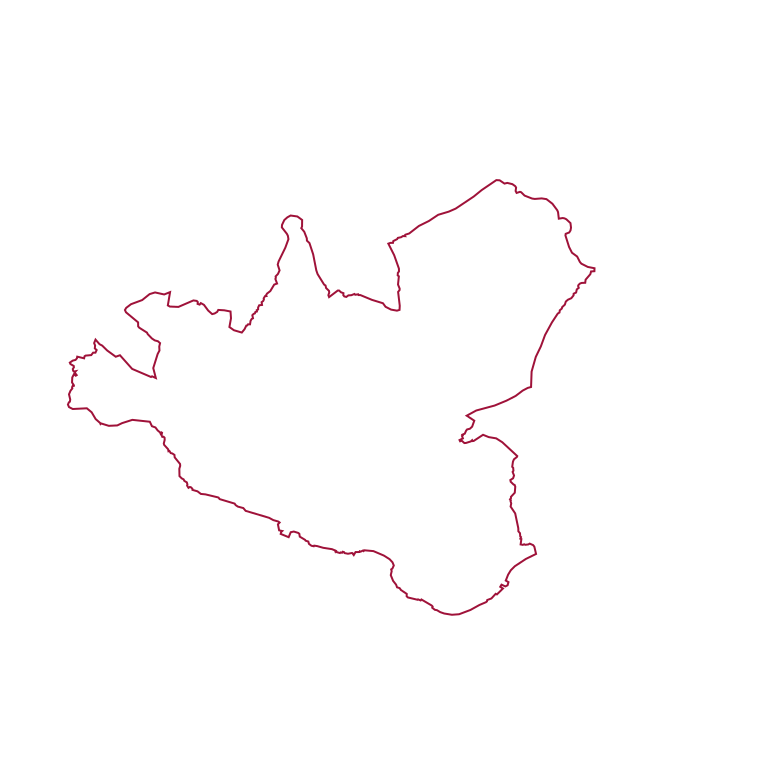 Kota Kupang, Nusa Tenggara Timur, Indonesia, rotated 227°
{"feature_id": "22746128B56606429525327", "entity_name": "Kota Kupang", "entity_type": "district", "adm_level": 2, "iso_a3": "IDN", "parent_name": "Indonesia", "parent_adm1": "Nusa Tenggara Timur", "projection": "mercator", "projection_center": [123.613, -10.211], "detail": "fine", "context": "isolated", "style": "outline", "palette": "rose", "viewbox_px": 768, "rotation_deg": 227, "n_neighbors": 0, "source": "geoboundaries", "source_scale": "gbopen_adm2", "svg_char_len": 6166}
<svg xmlns="http://www.w3.org/2000/svg" viewBox="0 0 768 768"><g transform="rotate(227 384 384)"><path d="M156.0,379.3L162.5,383.0L164.4,383.2L167.9,381.7L168.2,380.2L170.1,377.6L171.2,377.2L171.7,375.8L173.5,374.5L176.9,378.7L177.9,378.2L178.6,379.8L179.8,379.8L182.1,381.7L184.6,381.8L187.0,383.9L199.9,391.7L208.0,393.0L209.9,395.6L212.3,396.8L212.5,397.5L213.7,397.5L213.9,399.0L214.9,399.9L215.3,405.5L219.4,410.0L221.2,410.7L222.0,410.2L226.1,410.0L227.6,410.9L227.0,414.1L228.4,416.7L232.0,418.1L232.3,419.5L234.6,421.3L236.0,421.3L239.3,425.4L240.3,427.7L240.0,431.4L240.4,432.3L260.7,430.8L267.7,429.0L273.7,424.4L279.3,421.8L281.2,410.7L281.9,409.8L282.8,410.1L282.8,408.3L285.0,403.7L286.0,402.5L289.5,402.2L290.2,400.6L291.5,401.0L290.4,404.6L292.8,405.6L292.7,406.5L293.5,406.7L292.6,409.2L293.9,412.3L294.1,413.8L292.7,416.3L292.7,419.4L295.6,425.0L304.4,422.9L301.7,433.4L292.8,450.2L288.3,462.2L285.5,472.1L284.6,480.9L283.1,486.5L281.5,489.5L292.4,500.4L300.3,513.5L304.5,524.3L310.0,535.2L314.5,548.8L317.0,559.1L316.6,561.1L318.0,562.8L317.9,565.5L318.7,566.7L318.7,570.4L320.3,573.2L320.2,576.0L319.0,579.5L319.5,583.0L320.7,584.3L319.9,586.9L321.7,589.5L321.5,592.0L323.3,592.8L323.8,593.9L323.8,595.9L323.1,597.5L320.8,600.2L322.8,602.6L323.6,609.8L325.1,612.2L323.0,614.8L325.1,616.9L330.6,612.9L337.4,610.4L339.7,610.5L345.5,612.2L351.8,611.0L358.0,612.8L368.9,618.0L369.9,619.3L368.5,622.8L369.1,625.1L370.8,627.4L374.5,630.1L380.1,629.7L382.0,629.0L383.5,627.9L385.7,624.6L391.0,628.5L392.9,629.2L400.9,630.1L408.4,628.9L412.2,625.9L416.5,620.5L418.6,618.8L425.9,615.3L430.7,615.1L431.8,614.5L433.3,611.3L435.4,611.9L437.6,614.6L439.2,614.9L442.6,614.2L447.0,611.3L448.4,608.8L454.1,607.5L456.5,605.2L459.2,587.7L459.9,577.5L463.4,556.0L465.9,548.9L470.8,539.0L472.6,528.0L475.8,517.3L476.9,505.1L478.6,501.5L478.5,500.0L478.0,500.0L479.3,498.7L479.7,496.6L481.4,493.8L481.0,492.4L482.2,488.3L481.1,486.8L482.8,485.0L483.7,482.9L471.3,479.3L458.2,473.6L456.1,471.7L455.8,469.9L454.1,468.1L452.6,468.3L447.2,462.1L443.1,460.5L442.1,459.5L441.7,457.1L430.5,448.9L427.6,445.9L428.8,443.5L433.6,439.9L439.4,437.8L443.8,438.3L453.7,432.6L465.1,427.4L466.4,426.0L467.2,426.3L468.9,423.8L470.0,423.8L471.2,420.7L473.1,418.4L473.4,415.8L475.1,414.7L476.7,414.8L478.1,416.3L480.4,415.1L483.0,414.9L483.9,413.9L485.0,403.1L486.9,403.9L488.3,406.4L489.7,407.3L493.7,407.1L495.9,408.4L497.6,408.0L509.7,410.4L513.3,412.0L527.1,420.6L537.9,425.6L541.4,425.4L543.2,426.9L549.7,429.5L554.4,429.8L555.0,431.4L559.8,436.0L565.6,434.9L570.9,430.6L571.8,427.0L571.9,422.9L569.9,417.9L568.2,416.1L560.1,415.4L558.0,414.8L555.1,412.9L551.0,404.8L545.5,390.5L543.8,387.7L538.3,385.1L536.8,381.5L536.6,378.1L535.4,377.3L534.9,376.2L530.4,374.3L531.6,371.5L529.5,364.2L529.9,360.1L529.4,358.4L528.5,358.0L529.4,356.9L528.7,354.4L527.8,353.9L527.1,352.3L527.3,350.3L525.0,348.7L526.7,346.4L525.8,344.1L524.4,342.8L524.8,341.3L523.7,340.5L524.4,339.1L523.7,337.7L524.2,336.5L524.1,334.6L521.4,333.0L521.8,331.5L521.2,329.5L519.0,326.7L520.4,325.2L520.1,323.9L520.6,323.1L519.2,319.4L518.6,315.1L525.7,310.9L531.1,309.8L536.4,316.9L541.7,321.2L546.9,317.4L551.2,313.3L550.5,311.2L551.1,308.2L552.3,306.0L557.6,305.5L564.7,306.3L568.1,305.2L567.8,303.3L569.7,302.3L570.9,303.7L572.5,303.7L575.1,301.6L580.6,286.2L586.7,280.2L588.9,279.5L597.1,290.2L599.4,284.3L607.1,279.0L609.6,273.9L610.3,264.4L614.9,253.4L615.5,247.4L614.8,245.0L612.4,244.2L596.8,246.2L593.8,243.5L592.1,243.4L583.2,245.7L581.6,245.2L575.6,245.3L572.2,246.1L569.5,247.8L566.6,248.1L564.7,245.2L561.6,242.6L560.3,238.9L553.0,226.1L544.0,221.2L547.8,219.6L548.0,218.4L566.8,210.1L585.1,210.5L586.9,206.4L597.3,204.4L604.3,204.1L607.1,203.1L613.2,203.3L611.6,199.9L609.2,199.0L607.3,196.8L604.8,197.0L603.7,194.3L605.3,192.6L604.8,189.6L608.3,185.1L608.5,183.9L607.3,182.2L613.2,178.3L612.2,176.9L612.0,174.8L613.4,172.3L613.9,168.8L612.4,168.3L608.8,169.4L607.7,168.6L607.2,166.6L605.7,165.7L604.6,165.7L603.6,167.3L603.5,166.2L602.5,165.5L600.1,165.3L600.3,164.2L602.6,163.9L601.4,160.5L597.9,156.9L594.5,156.3L594.2,155.8L595.0,155.2L594.4,153.7L593.3,153.0L592.9,150.2L591.3,146.6L586.6,143.9L585.3,142.2L585.5,141.0L584.5,138.8L581.9,137.9L578.0,139.3L568.9,150.1L562.7,150.9L555.0,149.2L549.1,149.8L548.1,149.4L548.1,150.2L541.1,154.2L535.6,160.7L534.0,165.8L529.4,175.5L516.1,187.0L511.4,185.5L508.1,187.2L504.4,186.8L501.3,187.2L500.2,186.8L500.4,188.2L499.7,188.4L498.3,186.4L496.5,185.8L495.8,186.8L494.4,186.9L492.7,185.5L490.7,182.4L489.4,181.7L483.5,181.6L481.8,180.5L481.4,181.4L478.9,180.9L477.6,181.8L475.1,182.4L473.1,180.9L464.6,180.3L463.1,179.1L461.6,176.5L456.1,171.6L452.9,171.7L450.9,172.4L449.3,171.9L446.5,172.7L444.6,171.7L444.0,170.7L441.4,170.2L441.1,171.8L440.0,172.4L438.0,172.4L437.2,171.7L432.7,174.4L428.5,175.1L425.1,178.1L414.7,185.0L413.8,185.5L411.9,185.3L398.4,193.2L396.6,192.9L394.0,193.5L389.2,196.5L385.6,196.3L364.5,208.7L360.0,210.2L355.5,212.9L353.9,213.2L353.7,210.7L348.5,207.5L345.9,209.3L345.9,207.8L344.8,206.2L337.0,209.8L339.2,214.7L337.6,217.4L333.6,219.7L332.2,219.9L329.8,218.3L323.8,220.0L322.9,219.8L320.4,221.2L318.3,220.1L315.2,220.6L313.2,222.0L313.4,222.7L311.0,224.6L305.7,227.8L298.7,233.3L295.7,234.7L295.0,234.4L295.2,234.9L294.4,235.2L293.4,234.7L290.4,236.5L290.4,237.4L289.2,238.2L289.5,239.4L288.3,240.1L287.3,239.8L284.4,241.9L282.2,245.4L280.7,245.8L280.5,245.3L279.5,245.2L280.5,248.6L277.9,251.4L278.2,252.2L277.3,252.6L276.5,255.2L275.7,255.2L275.7,256.3L269.0,262.3L258.6,266.9L252.1,268.6L247.8,268.6L244.6,267.4L243.3,264.3L243.5,262.8L241.9,262.0L239.6,258.6L233.8,256.4L229.0,256.0L226.4,254.9L224.1,256.2L221.7,255.9L215.0,257.5L213.3,255.8L211.6,255.9L203.3,261.4L203.3,262.0L200.7,263.2L200.9,264.4L189.5,267.8L188.1,267.8L187.5,266.7L184.2,267.2L182.4,268.5L178.9,269.5L175.1,271.5L168.9,276.3L164.4,281.9L159.8,293.1L157.3,303.1L154.9,309.7L154.8,311.0L155.6,312.2L153.9,316.3L154.4,322.6L153.1,323.1L153.3,331.5L156.4,330.7L157.1,333.1L153.2,334.7L152.5,337.1L154.2,339.9L157.2,339.0L157.6,339.9L159.9,344.7L161.3,349.7L161.5,355.4L159.3,368.5L156.0,379.3Z" fill="none" stroke="#9f1239" stroke-width="2"/></g></svg>